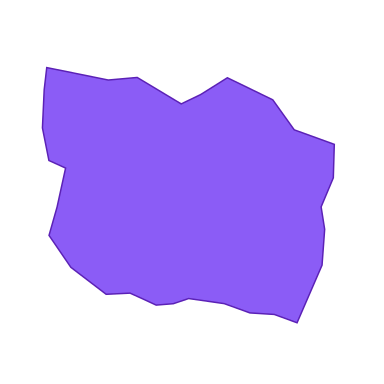 the district of Deneia, Nicosia, Cyprus, rotated 261°
{"feature_id": "46923920B18797471860683", "entity_name": "Deneia", "entity_type": "district", "adm_level": 2, "iso_a3": "CYP", "parent_name": "Cyprus", "parent_adm1": "Nicosia", "projection": "mercator", "projection_center": [33.146, 35.18], "detail": "fine", "context": "isolated", "style": "filled", "palette": "violet", "viewbox_px": 384, "rotation_deg": 261, "n_neighbors": 0, "source": "geoboundaries", "source_scale": "gbopen_adm2", "svg_char_len": 524}
<svg xmlns="http://www.w3.org/2000/svg" viewBox="0 0 384 384"><g transform="rotate(261 192 192)"><path d="M46.4,275.3L99.4,309.0L134.4,317.2L157.1,317.2L183.9,333.8L216.8,340.0L237.4,302.7L270.4,286.2L299.3,244.8L286.9,215.8L280.7,195.1L313.7,155.8L315.7,126.8L337.6,68.0L316.1,62.0L278.7,54.3L245.5,55.6L235.4,70.9L198.3,56.4L171.5,44.0L136.5,60.6L104.4,91.2L101.8,115.0L93.9,127.0L85.9,138.9L84.6,156.1L87.3,172.0L76.7,206.4L63.5,230.3L58.2,254.1L46.4,275.3Z" fill="#8b5cf6" stroke="#5b21b6" stroke-width="1.5"/></g></svg>